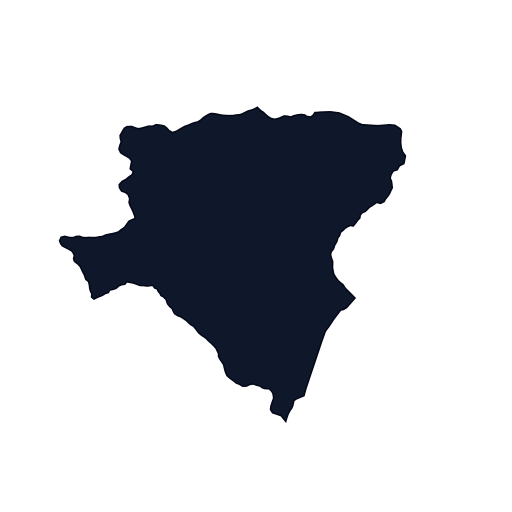 outline of Canápolis, Minas Gerais, Brazil, rotated 70°
{"feature_id": "56859067B42327776288261", "entity_name": "Canápolis", "entity_type": "district", "adm_level": 2, "iso_a3": "BRA", "parent_name": "Brazil", "parent_adm1": "Minas Gerais", "projection": "albers", "projection_center": [-49.278, -18.757], "detail": "fine", "context": "isolated", "style": "filled", "palette": "ink", "viewbox_px": 512, "rotation_deg": 70, "n_neighbors": 0, "source": "geoboundaries", "source_scale": "gbopen_adm2", "svg_char_len": 3848}
<svg xmlns="http://www.w3.org/2000/svg" viewBox="0 0 512 512"><g transform="rotate(70 256 256)"><path d="M116.7,203.9L117.3,207.6L117.3,210.4L117.0,214.0L117.4,217.4L117.8,220.9L117.5,223.6L116.7,226.4L116.1,229.7L115.1,232.6L113.9,235.7L112.5,238.8L111.2,241.3L109.4,244.0L107.9,246.7L106.7,249.3L106.7,252.2L107.3,255.3L107.9,258.0L109.3,261.3L110.1,264.9L109.7,267.6L109.6,270.9L109.9,274.2L109.8,278.3L110.5,282.9L111.5,288.0L111.4,292.3L108.3,294.9L105.1,296.1L102.3,297.9L100.2,301.3L98.4,305.0L98.7,308.6L97.2,312.6L96.9,317.0L96.6,320.9L95.9,323.5L94.2,325.7L91.7,328.6L90.3,332.9L90.8,335.9L92.7,338.3L94.4,340.3L96.2,342.5L99.2,343.3L102.6,343.6L105.5,346.1L108.6,348.2L112.6,347.9L115.7,345.6L118.0,343.6L120.7,341.4L124.3,340.3L127.7,342.5L131.1,344.4L134.6,342.4L137.2,344.6L138.3,348.7L139.5,352.0L140.1,356.3L142.1,360.1L145.1,361.0L149.1,360.1L151.4,357.2L154.4,355.2L158.9,355.1L162.3,357.0L165.3,357.1L168.5,356.7L171.7,356.4L176.3,356.3L179.4,356.7L179.5,360.1L179.8,363.4L181.6,366.1L184.2,369.8L185.1,373.7L186.3,376.9L186.2,380.1L185.9,383.0L185.3,386.4L184.8,390.0L185.1,393.7L184.3,397.1L183.9,399.9L182.8,403.2L181.4,406.6L180.6,409.4L179.4,412.4L177.1,415.0L176.1,418.1L176.2,421.4L175.1,424.3L173.7,426.7L172.1,428.9L171.7,432.7L174.5,435.4L178.0,435.3L180.4,434.4L182.8,432.2L185.4,429.8L188.2,427.4L191.1,426.7L193.6,426.6L195.9,428.3L198.9,428.5L202.3,426.3L205.8,424.8L208.9,424.5L211.4,424.3L215.1,423.8L219.7,423.9L222.9,422.1L226.6,422.6L229.8,423.4L232.8,423.6L235.5,423.2L238.3,424.6L241.1,423.0L240.6,419.1L240.5,414.1L239.7,410.3L239.9,407.2L238.0,405.2L238.4,402.5L238.6,398.7L237.1,394.7L237.1,391.7L237.7,388.9L236.1,386.3L237.7,383.5L239.5,380.5L241.5,378.1L244.1,375.0L245.5,371.4L247.0,368.7L247.6,365.9L248.3,363.0L251.4,362.2L253.2,360.1L255.7,360.0L258.2,359.1L260.7,358.8L262.7,357.0L266.1,355.4L270.7,355.5L274.3,354.2L276.7,352.8L279.4,352.7L282.4,352.2L285.4,349.9L287.3,347.6L290.3,345.3L293.2,343.3L296.1,342.0L298.5,340.6L300.7,338.7L304.5,337.4L309.0,336.0L312.3,334.0L314.3,332.4L316.7,330.9L319.5,329.7L322.8,327.9L326.1,326.3L329.0,325.2L332.0,324.9L334.8,324.6L337.6,325.6L340.5,325.2L343.7,324.4L347.1,323.6L350.0,324.0L354.1,324.4L358.4,324.2L361.8,322.4L365.5,319.9L368.8,317.9L370.7,315.6L373.8,313.1L375.0,309.5L374.6,305.9L375.3,302.5L377.9,299.2L379.7,296.6L382.0,295.2L383.7,292.9L385.2,289.2L387.7,287.8L390.5,287.1L393.3,287.5L395.7,288.1L398.3,290.3L402.0,293.2L405.2,294.9L409.0,294.1L412.0,290.3L414.7,287.0L418.7,285.7L421.7,284.6L418.9,282.6L415.8,280.1L413.0,277.1L411.4,274.7L409.1,272.5L404.9,269.9L404.1,267.0L403.7,258.7L397.5,254.3L363.6,227.3L358.3,223.1L350.4,216.5L346.7,210.9L342.2,204.9L335.8,195.0L336.2,192.1L335.5,188.5L329.4,177.3L326.3,178.7L316.9,183.1L312.5,184.1L310.1,185.7L307.5,187.1L304.6,188.0L301.9,188.7L299.4,189.1L296.8,188.7L293.2,188.1L290.2,186.9L287.3,185.8L283.7,185.8L280.4,185.5L277.7,183.8L275.8,180.7L272.7,178.3L270.0,175.0L267.0,172.9L265.4,170.5L262.7,168.5L261.6,165.3L260.4,162.7L259.8,160.1L259.6,156.8L261.1,154.4L259.2,151.2L257.0,147.9L255.9,145.5L253.3,144.1L251.7,141.5L251.5,138.0L250.3,135.4L249.0,132.7L248.0,128.0L246.9,124.3L249.2,120.9L248.7,117.0L246.8,114.9L244.9,111.7L242.9,109.0L240.9,107.1L238.5,104.6L234.9,103.7L232.0,103.1L228.7,103.3L225.7,101.2L223.1,98.0L223.3,93.8L220.3,90.3L219.8,85.5L216.4,83.3L213.0,81.3L208.4,82.6L203.7,82.4L199.2,81.3L195.0,79.7L188.8,76.6L185.7,77.0L180.6,80.8L178.3,85.7L175.8,94.9L174.6,98.4L168.9,111.3L166.3,114.2L156.7,121.6L150.0,128.9L145.9,136.8L142.9,146.0L142.1,149.1L141.3,151.6L143.1,153.9L144.1,157.0L142.2,160.5L140.1,162.0L138.5,164.9L137.5,169.1L137.1,172.8L137.3,175.7L135.4,178.6L134.0,181.6L134.2,184.4L134.4,187.1L134.0,191.4L131.9,194.8L129.2,196.9L126.2,198.6L123.5,199.9L121.0,201.8L116.7,203.9Z" fill="#0f172a" stroke="#020617" stroke-width="1.5"/></g></svg>